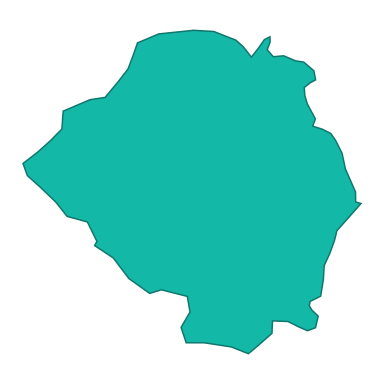 Kapileio, Limassol, Cyprus (Equal Earth projection)
{"feature_id": "46923920B22954384583573", "entity_name": "Kapileio", "entity_type": "district", "adm_level": 2, "iso_a3": "CYP", "parent_name": "Cyprus", "parent_adm1": "Limassol", "projection": "equal_earth", "projection_center": [32.969, 34.829], "detail": "fine", "context": "isolated", "style": "filled", "palette": "teal", "viewbox_px": 384, "rotation_deg": 0, "n_neighbors": 0, "source": "geoboundaries", "source_scale": "gbopen_adm2", "svg_char_len": 1064}
<svg xmlns="http://www.w3.org/2000/svg" viewBox="0 0 384 384"><path d="M94.6,245.6L113.2,257.9L128.9,278.6L149.7,293.4L161.3,289.8L187.3,296.4L190.0,312.0L181.1,327.4L186.2,342.8L188.2,342.8L204.3,342.8L231.1,346.9L248.4,353.7L258.5,345.2L272.0,333.3L272.5,320.9L287.9,321.5L298.5,326.8L307.4,330.7L312.1,329.0L315.5,327.7L318.2,316.2L311.8,310.0L309.3,305.8L310.1,301.4L320.7,296.1L323.4,279.2L324.2,265.6L329.9,253.2L334.5,240.5L336.9,230.7L348.5,217.7L361.0,203.5L355.7,202.0L355.5,191.9L345.4,168.9L342.1,153.4L335.6,140.4L330.8,133.5L322.3,129.2L312.7,126.2L315.4,118.9L307.3,103.9L304.8,95.4L304.3,87.5L310.0,82.9L315.6,79.9L313.9,70.8L303.7,62.1L295.4,60.8L283.7,55.8L273.3,56.7L267.2,49.8L270.1,42.1L270.0,36.8L264.4,39.6L258.9,47.5L251.4,57.1L243.1,46.6L235.9,40.2L213.8,31.5L193.6,30.3L158.8,33.9L137.5,42.9L133.4,54.7L128.0,69.0L118.5,81.3L105.1,97.4L90.0,99.7L63.2,111.1L61.9,129.0L50.3,140.8L37.7,152.1L23.0,163.5L27.4,175.7L40.7,187.6L55.9,202.2L67.1,216.4L87.4,222.0L96.9,241.4L94.6,245.6Z" fill="#14b8a6" stroke="#0f766e" stroke-width="1.5"/></svg>